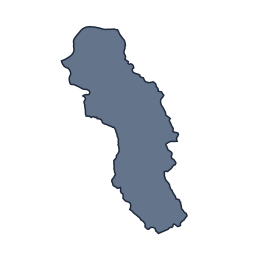 the district of Cafelândia, São Paulo, Brazil, rotated 290°
{"feature_id": "56859067B56481276286915", "entity_name": "Cafelândia", "entity_type": "district", "adm_level": 2, "iso_a3": "BRA", "parent_name": "Brazil", "parent_adm1": "São Paulo", "projection": "robinson", "projection_center": [-49.562, -21.732], "detail": "fine", "context": "isolated", "style": "filled", "palette": "slate", "viewbox_px": 256, "rotation_deg": 290, "n_neighbors": 0, "source": "geoboundaries", "source_scale": "gbopen_adm2", "svg_char_len": 4519}
<svg xmlns="http://www.w3.org/2000/svg" viewBox="0 0 256 256"><g transform="rotate(290 128 128)"><path d="M216.3,81.3L215.3,79.0L214.5,77.1L213.8,75.0L212.9,73.2L212.6,71.8L212.3,69.8L212.2,67.6L212.1,66.3L211.8,64.7L211.5,62.8L211.2,61.1L210.6,59.4L210.4,58.1L209.9,56.9L209.0,55.1L208.2,53.8L206.4,52.1L205.5,51.4L204.6,50.9L202.8,50.1L200.5,49.3L198.2,48.4L197.0,48.1L194.6,47.2L192.2,46.9L190.8,47.1L188.9,48.1L187.8,48.4L186.0,49.0L183.4,50.4L182.3,50.7L180.8,50.8L179.3,50.7L177.8,50.2L176.1,49.4L174.9,48.6L173.0,47.1L171.8,46.1L170.6,45.1L169.8,44.2L168.4,42.5L166.9,43.5L165.6,44.9L164.4,46.5L163.9,47.7L163.7,49.2L163.6,50.6L163.5,51.8L162.8,52.9L161.7,54.1L160.1,55.4L158.7,55.7L157.0,55.6L155.0,55.6L153.8,56.0L152.9,56.6L151.5,57.2L150.6,58.0L149.6,58.9L149.6,60.3L150.2,61.6L150.2,63.7L150.0,67.1L149.7,69.0L149.4,70.8L149.2,72.4L149.7,74.7L150.2,76.5L149.7,78.6L148.9,79.6L147.3,80.2L145.8,79.5L145.2,77.7L144.8,76.6L143.6,75.2L142.7,74.6L142.3,76.7L141.5,77.9L140.0,78.1L138.9,77.8L137.5,77.7L136.2,78.5L135.4,79.1L134.2,79.7L132.6,80.5L131.1,81.4L129.5,82.1L126.6,83.3L125.7,84.0L124.8,84.7L125.4,86.1L125.8,88.1L125.3,89.9L126.3,90.6L127.0,92.0L126.6,93.6L127.4,94.8L126.2,95.8L126.7,97.5L126.8,99.4L125.7,101.2L124.5,101.9L123.9,103.4L123.8,104.9L124.0,107.2L123.7,109.5L123.8,111.6L123.4,113.3L123.8,114.6L123.0,115.9L122.1,116.7L121.1,117.7L119.7,118.4L118.9,119.4L117.7,120.1L116.3,120.9L115.5,121.8L114.6,122.5L113.3,123.1L111.4,123.6L110.4,124.3L108.9,124.3L108.0,125.2L106.8,126.0L105.1,126.7L103.9,127.4L102.9,127.6L101.9,127.4L100.7,127.4L99.3,126.9L97.7,126.5L96.6,127.2L95.5,127.1L93.9,126.3L92.6,125.8L91.4,126.3L90.1,126.8L88.5,127.4L87.5,128.3L86.3,128.3L85.2,128.6L84.0,129.4L82.2,130.4L80.9,131.4L80.0,132.1L78.5,131.7L76.7,131.6L75.0,130.9L73.5,130.6L71.9,131.3L71.1,132.2L70.1,132.9L69.0,133.6L68.5,135.1L68.5,136.6L67.9,137.6L67.8,139.0L69.5,141.3L68.0,142.0L66.7,142.4L65.6,142.9L64.6,144.1L64.5,145.6L63.4,146.2L62.4,146.8L61.1,147.0L60.1,147.5L59.4,148.8L58.5,150.8L58.6,152.8L58.6,154.5L58.0,155.8L57.2,156.5L56.0,157.1L54.8,157.4L53.4,157.7L52.1,157.4L51.6,159.1L51.2,160.5L50.5,161.6L49.9,162.9L49.3,164.9L48.8,166.5L48.1,168.1L47.7,169.6L46.8,170.7L46.1,171.5L45.9,172.7L45.4,174.3L44.2,176.3L43.1,177.3L41.9,177.4L40.9,177.9L40.4,179.1L39.8,180.2L39.6,181.5L40.4,182.4L41.8,183.0L42.8,184.2L43.2,185.8L42.9,187.9L41.6,188.7L40.5,189.8L40.2,191.1L39.3,192.6L46.5,200.3L48.0,200.8L49.0,201.8L49.7,203.2L50.7,203.8L52.2,203.5L53.3,203.8L53.5,205.1L52.7,207.1L52.4,208.4L53.3,209.8L54.4,210.6L55.9,210.0L57.0,209.9L58.1,210.4L59.1,210.9L60.7,212.1L62.4,212.4L64.0,213.0L65.6,213.5L66.7,212.7L67.6,211.9L67.8,210.6L68.3,209.3L69.3,208.2L70.0,206.3L71.6,205.4L73.3,204.5L74.8,203.4L76.2,202.8L76.8,201.6L78.0,200.9L78.1,199.4L77.7,197.6L80.2,195.6L81.2,194.1L82.0,193.2L83.2,191.7L84.5,190.7L85.0,189.2L85.9,188.5L86.9,187.7L87.8,186.9L88.8,186.4L89.9,185.2L90.6,183.9L91.3,182.6L92.5,180.7L93.8,179.9L94.7,179.2L95.6,178.4L97.4,178.0L99.0,177.0L100.3,178.2L100.6,180.1L101.9,180.8L103.6,181.8L105.0,182.6L106.5,183.0L107.5,183.2L108.8,183.9L109.6,184.9L111.5,185.0L112.6,183.8L113.8,182.2L114.1,181.0L114.5,179.5L116.1,178.4L118.3,178.3L119.5,177.9L120.1,176.9L120.6,175.5L120.9,174.3L121.2,173.0L122.3,172.1L123.7,170.9L124.8,169.6L126.0,169.2L126.9,169.8L127.8,170.5L129.3,171.9L130.3,173.4L130.8,175.0L131.3,176.3L131.8,177.5L132.3,178.7L133.6,177.7L135.7,177.0L137.3,177.5L139.1,177.6L140.2,176.9L140.3,175.2L140.0,173.5L139.9,171.5L141.4,171.1L142.6,170.8L143.5,170.2L144.6,168.6L146.0,167.4L147.6,165.8L148.7,164.5L149.8,164.2L151.4,164.4L152.2,162.1L152.7,159.8L153.6,158.7L154.6,158.3L155.8,157.6L157.7,155.4L158.6,154.6L159.4,153.6L160.5,152.0L162.1,150.6L163.4,149.8L164.4,149.4L166.0,149.1L167.4,149.5L169.3,150.2L171.1,150.4L172.1,148.6L173.4,147.2L173.1,145.3L172.9,143.7L174.7,143.2L175.6,142.1L176.5,140.6L178.4,139.3L179.2,138.4L179.8,136.7L179.9,135.5L179.2,134.7L177.7,132.1L177.7,130.5L177.2,129.4L178.2,127.3L179.5,126.1L180.4,125.3L180.2,123.4L180.6,121.6L181.7,121.1L182.0,119.8L181.9,118.1L181.8,116.1L182.0,114.2L182.6,113.0L184.0,112.2L185.2,111.9L186.3,112.8L187.3,112.4L188.4,111.5L189.1,110.3L189.3,108.6L188.3,107.5L188.5,106.0L190.5,105.6L191.4,101.7L192.9,101.6L194.0,101.4L195.0,100.8L196.4,99.2L197.4,98.4L198.6,98.0L201.4,97.9L203.6,97.3L205.0,97.3L206.8,96.2L208.5,95.1L209.7,93.8L210.3,92.5L211.2,91.1L212.4,89.4L213.2,88.2L214.2,87.1L215.6,85.9L216.7,84.5L216.3,83.0L216.3,81.3Z" fill="#64748b" stroke="#1e293b" stroke-width="1.5"/></g></svg>